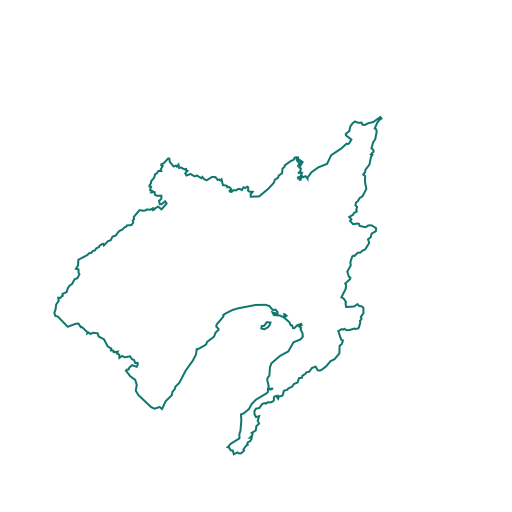 Maroantsetra, Analanjirofo, Madagascar, rotated 46°
{"feature_id": "10022922B79548799707119", "entity_name": "Maroantsetra", "entity_type": "district", "adm_level": 2, "iso_a3": "MDG", "parent_name": "Madagascar", "parent_adm1": "Analanjirofo", "projection": "equal_earth", "projection_center": [49.851, -15.369], "detail": "fine", "context": "isolated", "style": "outline", "palette": "teal", "viewbox_px": 512, "rotation_deg": 46, "n_neighbors": 0, "source": "geoboundaries", "source_scale": "gbopen_adm2", "svg_char_len": 6133}
<svg xmlns="http://www.w3.org/2000/svg" viewBox="0 0 512 512"><g transform="rotate(46 256 256)"><path d="M319.4,150.3L314.3,151.5L312.0,154.0L311.5,157.1L306.3,160.6L304.5,159.6L303.4,160.1L300.6,164.0L296.1,164.0L295.9,161.9L292.7,161.8L293.8,157.4L293.1,155.9L294.0,152.6L292.4,151.8L291.0,149.2L288.5,149.2L287.0,146.9L287.3,144.6L286.3,141.4L287.0,137.9L284.4,130.0L278.4,126.1L274.2,121.9L271.9,122.3L271.6,119.6L270.0,117.2L269.0,110.8L264.4,104.1L264.2,102.1L262.7,102.7L262.6,99.0L261.5,98.0L258.7,98.1L255.7,93.0L254.8,89.1L250.6,83.1L248.5,81.5L246.7,82.0L244.4,76.3L243.8,72.7L244.3,70.3L242.4,70.0L241.1,78.5L238.3,83.3L237.3,86.8L235.4,88.2L233.4,87.4L231.2,89.9L228.0,91.4L227.6,94.0L228.3,98.1L231.0,102.1L230.5,106.6L231.7,107.5L238.5,106.5L239.6,110.6L239.4,112.1L238.1,112.8L237.9,120.1L235.7,131.9L239.1,140.9L235.5,149.7L234.3,157.7L235.4,164.7L236.1,165.3L233.0,164.9L232.0,167.5L230.1,167.2L232.1,171.1L231.6,171.6L230.2,170.2L229.5,171.8L228.6,171.3L229.7,169.2L228.1,165.1L226.9,165.8L225.8,168.3L225.8,165.3L224.3,162.9L222.4,163.4L221.4,159.5L220.3,162.7L219.0,160.1L220.0,157.4L217.3,157.9L217.0,160.4L214.7,159.8L213.9,158.4L215.6,158.3L214.3,157.2L212.1,159.6L212.9,162.5L211.9,164.6L210.8,172.2L211.7,173.6L211.5,176.2L214.6,179.7L213.9,183.6L215.0,185.8L214.2,189.6L215.7,192.2L216.2,200.3L215.3,212.4L209.7,218.6L208.0,217.2L207.5,213.9L205.3,216.0L203.4,216.3L201.4,214.0L200.2,214.0L199.7,216.4L197.9,217.3L198.8,220.3L196.5,221.0L195.4,222.4L194.9,224.9L193.2,226.1L192.9,229.1L192.0,229.9L190.7,229.7L191.1,227.7L189.4,227.2L187.8,227.4L186.6,228.9L185.7,228.2L184.0,228.9L182.1,230.6L176.9,227.5L176.8,229.3L175.3,229.3L174.7,230.7L171.1,230.4L168.6,232.7L167.3,238.9L164.5,240.0L161.9,239.6L162.0,241.3L157.0,242.6L156.3,244.7L151.5,246.2L149.8,250.1L147.4,249.5L147.2,246.2L145.8,246.8L144.8,245.8L143.8,247.4L140.3,248.4L139.2,250.2L136.4,248.3L136.7,250.9L135.3,250.9L134.3,253.1L128.3,252.6L125.8,250.7L124.8,251.3L125.2,258.1L124.3,260.3L124.9,261.2L126.5,260.6L127.5,264.4L129.1,265.1L127.0,267.2L127.7,269.6L127.1,271.7L128.9,274.8L129.4,279.6L130.7,281.0L131.2,283.7L132.1,284.4L133.2,283.4L135.1,286.5L137.1,285.5L137.5,287.1L139.4,284.6L142.0,286.2L144.0,285.3L146.9,282.2L149.1,284.4L149.0,287.5L152.0,289.2L153.1,288.2L153.6,283.4L156.2,283.9L156.8,291.6L152.4,292.1L151.7,295.7L150.7,296.5L151.8,296.8L151.4,298.4L149.7,298.4L148.8,300.5L146.7,302.1L146.6,303.6L145.2,305.6L142.1,307.9L143.0,316.8L144.9,318.3L144.9,320.1L146.7,321.1L147.2,324.1L144.3,327.7L144.8,329.1L144.0,330.9L144.2,333.8L143.0,337.2L143.8,342.9L142.4,345.7L143.7,349.6L142.5,352.3L142.7,358.1L141.2,357.4L140.5,358.4L139.9,361.5L140.5,362.8L139.5,365.6L140.1,367.8L139.0,370.2L139.4,372.1L138.1,374.1L138.1,376.9L135.3,386.4L139.2,390.6L140.1,394.4L142.4,393.0L144.6,395.2L146.5,395.7L147.9,399.9L146.7,402.6L148.4,408.0L147.8,410.4L148.4,413.7L150.4,417.2L148.9,421.5L150.4,422.7L149.9,423.7L150.3,425.8L148.6,427.3L151.2,429.0L152.1,433.5L155.5,437.7L156.6,440.4L159.6,442.0L162.0,440.6L176.1,440.6L179.5,432.8L181.3,430.6L185.6,431.5L186.0,430.6L194.0,430.2L194.5,431.1L194.9,429.5L197.2,429.3L197.9,426.6L201.6,423.6L204.7,425.1L210.3,423.2L218.0,425.5L222.1,424.4L223.1,426.0L225.0,424.3L226.3,425.2L228.6,422.1L229.0,424.4L229.4,422.8L230.1,423.6L231.9,422.9L234.4,425.0L234.9,421.7L237.9,420.6L240.6,416.3L244.1,416.9L246.3,416.0L249.0,417.3L250.6,415.4L252.0,416.5L252.8,418.8L248.4,421.0L248.3,424.7L249.2,426.6L248.0,427.8L248.1,429.2L255.2,430.0L261.1,428.9L265.9,431.3L269.4,436.1L274.6,437.2L291.9,436.4L295.4,435.0L297.7,430.2L300.8,429.9L297.7,422.0L297.6,413.2L295.7,410.5L295.2,406.4L294.0,404.9L294.0,399.4L289.5,385.9L287.4,374.2L285.1,367.4L281.3,362.8L282.4,363.4L284.7,355.0L284.9,353.2L283.8,350.7L284.9,342.3L283.0,338.1L283.1,334.4L282.4,333.6L279.2,333.6L278.0,332.1L276.9,321.5L275.7,320.5L276.3,317.5L278.4,310.7L281.0,305.5L291.1,290.1L297.7,283.1L301.3,281.1L306.3,281.5L308.1,279.3L311.2,279.4L312.6,280.7L308.0,283.3L310.8,284.2L315.6,280.1L318.5,279.0L319.0,276.9L317.5,276.1L318.0,275.7L320.2,275.5L319.7,278.6L326.9,278.0L329.8,279.1L331.0,278.2L333.5,279.5L334.5,278.7L334.5,274.4L336.2,270.7L337.5,271.3L336.9,273.9L339.2,273.6L339.6,274.8L344.0,276.3L346.6,278.4L346.9,282.0L344.1,288.9L347.1,299.0L344.5,308.2L343.9,319.4L345.7,323.2L351.4,329.6L351.7,332.3L352.9,334.0L358.4,337.3L359.6,339.0L361.8,337.7L363.1,335.7L362.3,338.1L360.1,340.0L362.1,342.0L362.1,343.8L359.3,356.0L359.5,362.0L361.2,367.4L360.6,374.5L359.5,376.8L364.4,381.1L371.0,388.7L372.7,391.9L375.7,394.5L373.5,404.7L373.9,409.2L375.1,408.4L378.3,409.2L379.8,407.8L383.2,409.7L384.4,405.8L386.1,405.5L387.6,403.8L387.7,399.8L386.4,399.4L385.6,395.0L386.1,393.1L384.8,392.6L384.4,391.1L385.1,388.9L384.6,386.5L383.6,385.2L382.5,386.5L382.4,383.1L381.5,382.0L380.3,382.1L381.3,377.3L378.6,373.9L378.7,370.2L375.7,369.2L373.4,365.0L371.9,367.9L369.0,367.1L366.6,365.1L365.8,362.1L367.7,359.0L366.7,354.2L367.9,351.9L369.2,351.4L369.3,349.1L371.4,347.4L372.4,344.7L372.2,343.4L370.0,341.2L370.1,339.8L371.4,337.7L372.6,339.1L374.1,339.2L372.8,337.1L374.5,334.9L374.7,333.4L372.3,329.6L374.0,326.3L373.7,324.8L375.1,320.5L374.4,317.7L375.9,313.9L373.7,310.0L375.5,307.5L374.3,305.7L375.1,302.6L374.7,300.6L376.2,298.1L375.4,293.6L377.0,290.0L381.1,291.0L382.8,289.6L383.5,287.6L384.1,282.1L383.4,275.4L384.8,271.2L384.0,263.7L378.7,258.3L378.9,255.4L377.2,252.2L375.3,252.8L367.2,249.0L368.1,245.2L369.5,244.4L369.8,243.0L372.3,242.4L374.2,240.2L376.4,235.7L377.6,235.2L379.1,232.6L378.9,231.7L376.4,227.3L374.9,226.3L374.5,223.6L372.7,223.1L371.7,218.3L367.8,214.7L365.5,215.0L363.7,216.5L361.1,216.5L360.5,220.5L355.3,226.6L352.3,224.6L351.8,223.3L347.5,222.5L345.0,223.2L341.9,214.2L339.2,211.2L337.8,211.0L338.0,204.3L337.1,203.1L335.4,203.6L330.6,201.1L328.6,194.4L325.9,192.3L323.2,187.1L323.5,185.6L324.4,185.2L324.3,180.6L326.1,178.5L326.1,175.7L327.1,173.0L325.3,165.6L321.8,163.8L322.2,160.4L320.2,157.4L321.4,152.5L319.4,150.3ZM311.8,302.5L314.5,300.9L315.5,297.2L315.2,294.1L313.9,291.8L311.1,294.2L311.9,298.6L310.4,300.5L311.8,302.5Z" fill="none" stroke="#0f766e" stroke-width="2"/></g></svg>